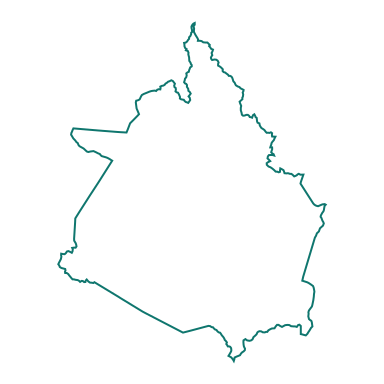 outline of Quixeramobim, Ceará, Brazil
{"feature_id": "56859067B28846825855814", "entity_name": "Quixeramobim", "entity_type": "district", "adm_level": 2, "iso_a3": "BRA", "parent_name": "Brazil", "parent_adm1": "Ceará", "projection": "mercator", "projection_center": [-39.308, -5.193], "detail": "fine", "context": "isolated", "style": "outline", "palette": "teal", "viewbox_px": 384, "rotation_deg": 0, "n_neighbors": 0, "source": "geoboundaries", "source_scale": "gbopen_adm2", "svg_char_len": 5896}
<svg xmlns="http://www.w3.org/2000/svg" viewBox="0 0 384 384"><path d="M303.4,174.6L300.4,174.7L298.8,173.8L297.6,174.4L296.7,175.3L295.5,175.9L294.2,176.4L292.5,174.7L291.4,173.9L290.1,173.9L288.0,173.2L286.4,173.4L284.5,173.2L284.1,171.8L283.5,170.2L281.7,169.1L280.3,168.4L280.0,170.5L280.0,171.8L278.8,172.3L277.3,171.7L275.6,171.6L274.4,170.3L272.4,168.6L270.5,167.3L268.5,166.5L266.8,164.8L266.7,163.2L268.0,162.2L270.2,161.1L268.8,159.6L267.5,158.4L267.9,156.4L268.9,155.1L270.8,155.0L272.5,155.0L274.1,155.5L273.6,154.2L272.2,153.4L271.2,152.2L272.2,149.1L272.1,147.4L270.3,147.4L270.7,146.1L271.3,144.5L271.5,143.2L272.4,141.8L273.8,140.2L274.6,138.3L275.4,136.7L272.1,136.5L271.9,134.9L272.1,133.2L270.9,132.3L269.6,132.9L268.0,132.7L266.7,132.8L265.7,131.8L264.4,130.0L263.0,129.0L261.4,128.0L260.7,127.0L259.8,125.5L259.4,123.4L257.6,122.7L257.1,121.5L256.9,119.9L256.7,117.9L255.6,117.1L255.1,115.7L254.3,114.3L253.0,115.2L252.1,117.7L250.9,117.2L249.7,117.0L249.1,115.8L247.9,114.9L246.2,114.9L244.8,115.5L243.1,115.7L241.9,114.7L241.6,112.9L240.8,110.3L240.8,107.8L241.2,105.9L240.1,103.3L239.6,101.7L242.4,99.2L242.3,97.8L242.9,96.6L243.2,94.5L242.7,92.5L243.4,91.2L243.6,89.9L240.5,88.3L239.5,87.1L237.8,86.5L235.9,85.3L235.2,84.0L234.6,82.6L233.4,81.4L232.7,79.1L232.1,77.5L231.3,76.5L230.1,75.9L228.8,75.9L228.0,74.7L226.5,73.6L225.1,72.5L223.6,72.1L222.6,71.0L222.8,69.3L221.3,67.7L219.8,66.5L218.1,65.6L218.1,63.9L218.6,62.5L217.7,60.7L216.3,59.7L214.5,59.5L212.1,60.0L211.2,58.9L210.9,57.7L211.4,56.5L212.3,55.2L211.6,53.0L212.5,51.3L213.0,49.6L211.1,48.8L210.2,47.3L209.1,46.1L209.8,45.0L207.4,42.5L205.1,42.5L203.2,42.3L201.6,41.1L200.0,40.8L197.9,40.8L198.1,39.5L197.5,38.2L195.7,35.3L194.0,32.1L193.9,30.8L194.1,28.5L193.5,26.3L194.7,24.7L194.7,23.0L193.5,23.6L192.5,24.6L191.5,26.4L191.5,27.9L191.9,29.5L192.2,31.9L191.2,32.7L191.1,34.3L190.3,36.1L189.1,37.3L189.1,38.8L188.0,40.0L187.1,41.5L185.7,42.6L184.1,42.9L184.4,44.3L184.5,46.4L185.3,48.2L186.6,49.1L185.9,50.3L187.8,51.0L188.5,52.7L188.3,54.2L188.7,55.9L189.1,57.3L189.2,59.0L189.3,60.9L190.5,62.6L190.9,64.0L191.7,65.0L191.7,66.4L190.2,67.4L189.7,68.8L189.1,70.3L188.8,71.8L187.6,72.3L186.3,73.4L186.7,75.3L186.2,77.3L185.0,78.7L184.7,80.4L184.1,82.2L185.0,83.4L186.2,83.9L187.0,85.1L186.9,86.8L188.2,88.8L188.4,90.8L189.8,92.0L190.7,93.6L189.5,95.3L188.6,96.4L189.7,97.7L190.2,100.0L189.1,101.7L188.2,102.9L187.1,102.4L185.8,102.0L184.7,101.1L183.8,99.8L182.6,99.6L181.1,99.3L179.9,98.5L180.0,97.0L179.5,95.7L178.8,94.1L178.0,92.7L176.6,92.3L175.5,91.4L175.9,89.7L175.7,88.0L174.5,87.1L174.2,85.6L174.9,83.7L172.8,81.0L171.3,80.3L169.6,81.2L168.1,81.7L166.9,82.8L165.5,83.6L164.6,84.9L163.3,85.6L161.7,85.9L160.3,86.6L160.6,88.0L160.3,89.4L158.8,89.2L157.3,89.7L156.1,91.0L154.9,90.6L152.8,90.8L151.1,91.1L149.3,91.7L147.4,92.5L143.7,94.0L141.8,95.1L140.9,96.7L139.7,99.3L138.6,100.0L137.5,100.4L136.2,100.7L135.8,102.4L136.6,108.5L137.7,111.0L139.0,114.2L137.7,115.6L133.2,120.2L130.1,123.3L128.7,127.0L127.9,129.1L126.5,132.5L120.9,132.2L117.9,132.0L98.5,130.5L73.4,128.4L72.5,130.3L72.0,131.7L71.4,132.9L71.1,134.7L72.2,136.5L73.3,138.4L75.3,140.5L76.5,142.2L77.7,143.0L78.5,145.0L79.5,146.2L83.6,148.5L86.8,151.5L88.3,152.0L90.4,151.5L93.5,151.1L95.9,152.2L98.2,153.4L99.8,154.0L100.7,155.2L101.7,156.1L105.9,157.3L107.5,157.9L109.7,159.1L110.9,159.9L112.2,160.7L98.5,182.3L90.0,195.3L79.3,212.0L75.3,218.4L75.1,222.5L74.1,238.8L74.2,240.7L75.7,243.2L76.2,244.7L76.5,246.4L75.6,247.7L74.2,247.6L72.2,247.9L72.8,249.3L72.5,251.4L71.8,252.8L70.2,251.9L68.4,251.1L66.9,251.5L65.8,253.2L64.6,254.2L62.7,254.0L61.2,253.7L61.1,255.3L61.4,256.7L60.9,259.0L60.0,260.8L59.1,262.5L58.3,264.2L59.3,265.6L59.8,267.0L61.4,268.0L65.2,269.0L65.5,270.4L65.0,271.7L65.2,273.0L66.7,273.0L68.3,274.1L69.1,275.3L70.2,276.6L71.4,278.1L72.5,279.3L73.7,279.3L75.6,279.8L77.7,280.1L78.9,280.7L80.1,281.9L81.6,280.9L82.8,281.0L84.1,282.1L85.4,282.0L85.7,280.6L86.7,279.5L88.4,281.5L90.0,282.6L91.5,282.7L93.4,283.0L94.4,282.2L119.1,297.2L120.3,298.0L142.6,311.6L145.6,313.2L169.7,325.7L183.0,332.6L189.7,330.9L208.4,325.9L210.1,326.1L211.6,327.1L213.0,327.3L213.8,328.3L214.9,329.4L216.5,330.0L217.5,331.4L218.8,332.4L220.1,332.7L220.9,333.8L221.8,335.3L223.3,337.0L224.3,338.6L224.7,339.9L225.7,340.8L226.9,342.4L226.3,344.0L227.2,345.2L227.8,346.4L229.1,346.4L230.2,346.8L231.1,348.1L231.3,349.6L231.3,350.8L230.8,352.0L229.2,354.8L228.5,355.9L229.6,356.5L231.0,357.2L232.1,358.4L233.0,359.6L233.8,361.0L234.3,359.4L234.6,357.5L236.8,356.5L238.1,356.0L240.0,355.2L241.0,353.5L242.3,352.2L243.5,351.5L244.8,350.2L245.0,348.7L244.4,347.5L243.9,346.4L243.6,344.7L243.4,342.0L243.5,340.4L245.4,339.1L247.1,340.4L249.5,340.8L251.1,340.4L252.5,339.4L253.5,337.1L254.8,336.0L256.5,334.4L257.4,332.4L258.4,331.6L259.7,331.2L261.3,331.4L262.8,332.3L264.8,332.4L266.0,331.9L267.3,331.9L268.4,330.3L270.3,329.2L271.8,328.5L273.1,328.4L274.5,328.3L275.7,326.4L277.0,324.9L278.6,324.9L279.9,325.8L282.0,326.9L285.1,325.2L286.5,325.0L287.8,324.9L289.4,325.1L291.1,326.2L293.5,326.4L295.1,326.4L296.8,326.9L298.2,325.0L299.4,324.7L300.8,326.0L300.8,334.1L302.2,334.4L303.9,334.9L305.8,335.4L307.4,333.8L308.4,332.1L309.5,330.5L311.1,327.8L312.4,326.5L311.8,322.2L311.3,320.8L310.2,320.1L309.0,319.1L308.3,316.3L308.6,313.8L308.4,312.3L308.9,310.6L309.8,309.3L311.9,306.5L312.3,305.1L313.3,300.3L313.8,296.7L314.0,294.0L314.4,291.7L314.1,289.8L313.6,287.4L313.0,286.0L310.8,284.4L308.5,282.9L307.0,282.2L302.3,280.7L303.2,276.7L306.3,266.3L314.9,237.6L316.0,235.8L316.9,233.3L317.9,232.4L318.9,231.4L320.0,228.3L323.0,225.6L323.8,223.4L323.2,221.9L322.4,220.6L321.4,217.9L320.6,216.8L320.9,215.4L322.3,212.8L323.4,211.4L323.9,210.0L324.2,207.9L324.6,205.9L325.7,204.7L324.7,204.1L322.3,204.4L318.1,206.2L316.8,205.9L315.5,205.4L314.2,204.5L313.2,203.4L300.5,183.6L300.9,181.9L303.4,174.6Z" fill="none" stroke="#0f766e" stroke-width="2"/></svg>